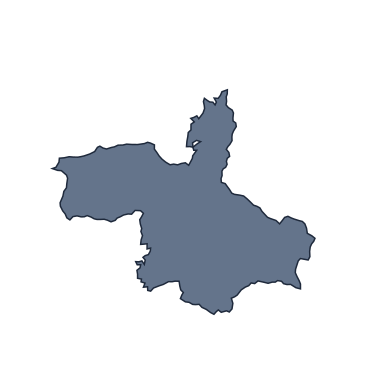 the district of Capivari, São Paulo, Brazil, rotated 113°
{"feature_id": "56859067B25592113050406", "entity_name": "Capivari", "entity_type": "district", "adm_level": 2, "iso_a3": "BRA", "parent_name": "Brazil", "parent_adm1": "São Paulo", "projection": "mercator", "projection_center": [-47.486, -22.987], "detail": "fine", "context": "isolated", "style": "filled", "palette": "slate", "viewbox_px": 384, "rotation_deg": 113, "n_neighbors": 0, "source": "geoboundaries", "source_scale": "gbopen_adm2", "svg_char_len": 3351}
<svg xmlns="http://www.w3.org/2000/svg" viewBox="0 0 384 384"><g transform="rotate(113 192 192)"><path d="M287.9,110.8L284.0,109.5L278.5,110.9L274.4,114.3L271.8,111.8L269.2,110.1L266.1,109.3L262.8,108.4L258.6,105.7L256.1,103.2L252.6,102.0L251.8,98.5L248.1,96.5L247.0,90.7L246.3,86.3L243.6,82.9L242.4,80.1L240.1,78.6L239.2,74.7L240.6,71.9L240.1,68.5L238.5,65.1L239.5,59.0L238.8,54.3L234.3,56.2L231.7,58.8L228.8,62.3L225.9,65.4L222.6,66.5L213.9,67.3L210.9,66.2L209.2,58.5L205.5,58.2L200.7,60.5L196.4,61.7L192.9,61.6L189.9,60.7L186.6,60.7L185.5,64.5L185.0,69.7L180.5,72.5L177.2,75.7L176.0,78.9L176.5,82.2L177.0,87.4L177.1,90.4L176.9,94.2L179.2,96.8L183.2,97.8L187.1,98.9L185.4,103.6L185.8,109.5L185.8,112.6L182.5,120.0L180.1,123.3L179.8,126.8L180.1,130.2L178.5,134.1L176.8,138.6L175.5,142.9L176.2,146.7L177.6,152.1L177.5,155.0L174.9,158.7L173.4,161.3L171.3,164.7L171.7,168.7L168.3,170.5L165.2,170.7L161.1,172.6L158.4,172.3L156.2,170.7L152.8,170.5L150.4,172.3L147.2,172.7L144.5,171.3L141.2,173.5L139.3,177.1L136.0,176.7L133.5,175.8L129.1,175.2L125.7,176.8L123.0,177.6L119.5,177.6L114.5,176.8L111.4,178.7L110.6,181.9L108.0,183.2L103.1,184.7L100.9,187.0L100.1,191.6L98.5,194.7L95.0,195.6L91.0,197.7L87.9,197.9L84.1,199.4L88.0,203.6L91.9,203.6L95.6,204.5L96.9,208.3L99.7,204.7L102.8,204.8L101.2,207.9L102.2,210.9L101.7,213.9L100.9,217.2L104.3,216.8L107.6,214.5L110.3,213.0L115.1,212.7L121.9,214.4L120.0,217.3L122.8,219.6L124.7,221.9L126.6,217.3L130.0,219.4L135.3,217.2L138.7,218.7L142.7,217.5L147.2,216.5L152.4,214.8L151.0,211.6L150.4,208.6L152.9,206.7L151.8,204.0L158.4,205.5L160.9,204.8L164.6,205.1L168.7,205.5L167.7,209.5L170.0,213.1L172.6,215.8L173.5,219.8L175.5,222.8L174.8,227.9L173.5,232.4L171.7,236.3L169.3,239.9L167.2,243.4L163.3,245.0L163.2,249.4L163.6,252.3L166.0,254.7L169.5,260.5L171.6,265.5L173.5,270.9L175.8,274.0L177.8,278.4L180.8,281.1L182.5,283.6L185.8,287.5L186.3,291.1L185.8,294.7L187.8,296.5L192.8,297.4L197.0,301.0L201.0,305.5L202.8,308.0L204.5,310.6L206.2,314.8L207.5,318.8L210.5,323.1L212.7,327.3L216.5,326.1L222.4,326.9L225.0,329.7L224.6,324.2L223.4,320.6L225.5,314.1L227.9,311.9L233.6,310.4L237.2,309.2L241.5,310.2L246.3,309.2L250.8,309.2L253.5,309.2L256.5,307.6L259.9,303.6L261.7,300.2L264.7,297.1L265.4,293.5L261.2,292.0L258.9,288.5L258.2,284.3L256.9,281.5L254.7,279.3L254.5,275.1L254.9,271.6L254.4,268.8L253.0,265.5L251.4,262.2L251.0,258.8L251.1,254.9L248.1,251.6L245.2,250.7L242.9,248.4L239.9,246.0L237.2,242.3L236.0,238.9L231.2,237.2L229.3,232.1L230.6,228.4L235.0,228.8L237.9,229.3L241.6,227.1L245.3,224.0L248.3,223.6L251.5,220.5L256.0,220.1L260.3,218.8L259.0,216.3L257.2,213.1L262.0,211.1L259.8,208.2L262.7,207.3L266.7,207.7L268.8,210.2L271.3,211.6L272.9,208.5L277.3,207.6L275.0,211.2L277.0,213.6L278.1,216.6L280.4,214.0L279.0,210.8L282.1,210.2L285.6,212.1L288.9,210.0L292.7,208.4L291.9,204.5L294.6,203.8L294.2,199.7L298.6,199.5L296.6,195.9L299.9,194.3L299.4,191.3L295.4,189.9L291.1,185.5L288.3,182.3L283.7,178.6L282.4,175.3L280.7,172.8L279.2,169.0L283.3,166.5L286.5,164.1L287.9,160.7L290.8,161.1L294.7,161.0L295.7,155.2L294.7,151.6L295.2,147.5L294.3,144.8L292.6,141.5L294.3,137.8L294.5,132.9L295.7,127.8L296.0,124.0L292.7,122.9L290.3,121.7L291.3,118.1L287.9,113.8L287.9,110.8ZM150.4,208.6L146.5,210.7L142.7,208.0L142.3,203.8L145.4,205.9L148.1,207.4L150.4,208.6Z" fill="#64748b" stroke="#1e293b" stroke-width="1.5"/></g></svg>